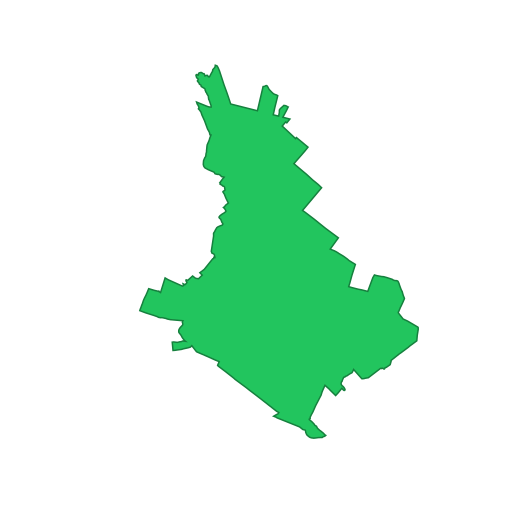 Harmanesti, Iasi, Romania, rotated 160°
{"feature_id": "2599482B46405340562029", "entity_name": "Harmanesti", "entity_type": "district", "adm_level": 2, "iso_a3": "ROU", "parent_name": "Romania", "parent_adm1": "Iasi", "projection": "orthographic", "projection_center": [26.797, 47.275], "detail": "fine", "context": "isolated", "style": "filled", "palette": "green", "viewbox_px": 512, "rotation_deg": 160, "n_neighbors": 0, "source": "geoboundaries", "source_scale": "gbopen_adm2", "svg_char_len": 6109}
<svg xmlns="http://www.w3.org/2000/svg" viewBox="0 0 512 512"><g transform="rotate(160 256 256)"><path d="M267.8,67.7L267.2,67.0L266.2,66.2L264.1,65.1L262.2,64.6L259.4,64.0L255.8,62.8L254.7,63.2L253.8,63.1L252.4,63.3L251.8,63.6L252.4,64.3L253.3,66.5L255.1,69.5L255.6,70.1L256.8,72.4L257.2,73.3L257.4,75.4L258.6,76.7L258.8,78.0L259.9,80.6L260.7,82.1L261.8,83.8L261.9,84.1L261.8,84.5L260.7,84.7L260.5,85.4L260.2,86.0L258.3,87.9L255.9,90.0L251.1,95.0L242.4,103.0L240.7,105.3L239.2,107.0L235.4,110.9L232.8,106.0L232.1,104.3L228.9,97.6L225.6,99.3L220.6,102.3L220.3,101.6L219.7,100.1L219.2,99.5L218.6,99.4L218.1,99.9L218.0,100.1L218.0,100.7L218.3,102.4L218.9,103.9L219.3,104.4L219.7,105.6L219.8,106.5L219.7,107.0L218.6,108.6L218.3,108.6L217.9,108.9L217.0,110.1L215.1,112.0L213.7,111.9L213.2,112.3L211.5,112.3L208.5,113.1L205.7,113.5L203.9,115.1L203.1,116.0L198.5,104.4L196.7,103.9L196.0,103.8L195.3,103.8L192.1,103.2L177.4,107.8L176.8,107.7L176.4,107.2L176.2,107.2L175.6,107.3L175.3,107.2L175.0,106.9L174.9,106.6L174.6,106.2L174.3,105.9L173.9,106.0L173.5,106.2L172.9,106.9L171.6,106.8L167.1,108.0L166.8,108.4L165.1,110.8L164.9,111.2L164.7,111.7L154.5,115.1L152.8,115.5L144.2,118.1L142.1,118.9L139.3,119.7L133.9,121.3L131.5,126.5L128.7,131.5L128.2,132.9L128.1,133.4L128.2,133.8L135.8,143.0L139.3,146.5L141.5,153.2L141.7,154.0L141.5,154.5L141.3,154.8L141.0,154.9L137.8,158.4L136.8,159.3L133.1,163.0L132.7,163.5L131.7,164.5L131.1,165.2L131.0,165.4L131.1,168.2L131.0,170.3L130.8,172.5L130.9,173.2L131.1,175.0L131.1,179.9L131.0,180.6L131.1,182.8L131.2,183.3L131.4,184.0L132.2,184.7L133.4,185.2L134.6,185.9L135.1,186.3L135.8,187.3L136.2,187.7L140.3,190.9L143.1,192.9L144.9,193.7L149.3,196.3L151.2,197.7L153.7,195.6L163.1,184.5L168.2,188.0L171.4,189.9L176.8,193.6L179.4,195.5L177.1,198.5L172.5,205.0L165.5,214.1L167.3,216.4L167.9,217.1L169.1,218.7L170.0,219.7L171.2,221.9L173.2,224.9L174.2,226.3L177.4,230.2L177.9,231.0L179.4,232.8L180.5,234.0L183.9,237.1L172.4,244.9L181.0,257.9L185.8,265.8L188.6,270.5L194.7,280.0L196.7,282.9L171.0,297.7L173.0,301.8L174.0,303.5L176.7,308.0L180.7,315.7L182.7,319.1L188.8,329.8L174.3,337.8L169.9,340.5L177.5,353.5L178.7,352.8L186.9,369.1L182.3,371.8L181.5,370.6L177.3,373.1L183.3,377.2L177.8,382.1L174.8,385.0L175.3,385.3L175.7,386.1L176.7,387.1L177.4,387.5L177.7,387.6L178.2,388.0L182.7,386.2L184.1,385.2L185.1,382.7L186.9,379.7L191.5,382.8L187.5,389.1L180.7,399.2L181.6,400.3L182.9,401.3L184.0,402.4L184.7,403.6L185.5,405.3L186.7,408.1L187.2,411.6L187.6,412.4L188.2,412.7L188.5,412.7L190.0,412.5L191.4,412.8L205.0,392.0L227.8,407.5L227.6,414.3L227.5,419.7L227.5,428.0L227.3,433.6L227.0,442.5L227.2,445.8L227.5,447.8L227.8,448.2L229.0,449.2L229.9,447.6L230.4,447.2L232.7,446.0L233.3,445.3L233.3,445.0L233.4,444.7L233.6,444.5L235.6,442.9L237.4,441.2L238.4,440.4L238.8,440.3L239.4,440.8L239.6,441.1L239.7,442.2L240.2,442.6L242.4,442.7L242.3,444.5L242.5,445.1L243.2,445.3L244.4,447.0L244.8,447.2L245.4,447.4L246.9,447.5L247.6,447.1L247.9,446.4L248.1,446.0L248.6,445.7L248.8,445.8L249.6,446.8L250.1,446.8L250.4,446.6L250.7,446.1L250.7,445.2L250.8,444.6L250.7,443.6L249.8,442.1L249.9,441.7L250.4,441.2L251.0,440.9L251.2,440.3L250.4,438.0L250.4,436.8L249.4,435.6L249.3,434.7L249.5,434.0L247.0,430.9L246.8,429.8L247.1,429.2L246.9,428.6L247.1,427.6L246.6,425.8L246.7,425.3L246.4,423.7L246.1,422.9L246.9,419.3L246.7,418.5L246.8,412.5L247.2,411.3L248.1,411.6L249.4,412.3L250.9,413.5L259.2,421.0L259.3,418.9L259.0,417.9L258.8,416.2L258.9,414.7L259.8,414.0L259.2,412.6L258.5,410.0L258.6,407.0L258.1,400.7L258.1,391.9L257.5,388.3L257.8,385.6L256.9,385.1L259.2,382.5L260.3,380.9L263.9,377.1L264.5,376.0L266.7,371.4L266.9,370.6L267.7,369.7L269.2,366.8L270.7,365.7L272.7,363.5L274.2,360.2L274.4,358.5L274.2,357.3L273.8,356.2L271.4,353.5L269.3,351.5L266.8,349.2L266.3,347.2L265.2,346.5L264.4,345.9L263.4,345.6L262.3,344.7L261.1,342.2L260.5,342.0L259.0,341.0L261.1,339.8L265.0,337.2L264.6,336.6L265.2,335.8L263.7,334.1L263.5,333.4L263.2,333.0L262.4,332.5L262.1,331.9L262.0,331.2L262.2,330.7L262.5,328.7L262.8,328.5L263.5,328.3L264.1,328.1L264.7,328.0L265.2,327.6L264.6,325.0L264.5,320.8L263.9,315.2L267.3,314.1L268.6,313.1L269.0,313.0L269.8,312.8L269.7,312.7L269.7,312.0L269.3,311.1L269.0,310.0L268.9,308.7L268.9,308.4L269.4,308.0L271.2,307.4L273.8,306.9L276.0,306.2L277.5,305.2L277.5,304.8L277.5,304.4L277.3,303.9L276.6,302.6L276.5,299.2L276.3,298.5L276.1,297.9L276.2,297.3L277.4,296.5L279.3,296.6L281.9,296.4L283.2,296.0L285.4,294.2L286.6,293.0L287.5,292.4L288.2,291.7L289.0,289.3L296.4,275.7L296.4,273.7L295.8,273.2L294.8,272.0L294.7,271.5L295.0,269.7L295.0,269.0L295.2,268.6L296.0,269.2L296.9,268.1L297.6,268.2L309.3,261.1L314.5,259.5L313.1,256.4L317.8,254.3L320.4,255.7L322.4,258.9L328.4,256.5L329.8,257.5L330.0,257.4L330.2,256.9L330.3,256.3L330.2,256.0L329.9,255.3L330.0,254.6L331.8,253.6L332.4,253.4L332.5,253.4L334.0,254.8L334.1,253.0L335.3,252.8L336.3,253.7L346.6,263.7L348.9,266.5L358.2,254.3L359.2,255.5L359.1,256.0L359.3,256.3L359.8,256.2L363.3,258.5L368.0,262.0L370.9,258.8L371.8,257.9L372.8,256.8L375.0,254.8L377.1,252.6L379.2,249.9L380.1,249.0L381.9,246.8L383.0,245.6L383.9,244.4L379.1,240.3L372.2,235.0L369.4,232.7L368.9,232.0L368.3,231.5L366.5,230.5L365.9,230.4L365.0,230.0L361.4,227.7L361.2,227.3L358.3,225.5L346.9,220.2L347.1,220.0L347.9,218.9L347.9,217.8L348.1,216.9L348.8,216.1L351.7,214.7L352.9,213.8L353.6,213.1L354.0,212.6L354.5,211.3L354.6,210.7L354.5,210.0L353.6,207.4L353.2,204.7L353.0,203.9L352.0,200.8L351.5,200.0L353.9,201.2L355.5,201.1L356.7,201.4L359.4,201.7L362.8,203.4L364.2,203.7L366.3,195.6L364.5,195.1L362.5,194.7L357.9,193.7L355.9,193.6L351.5,193.0L349.0,192.8L348.3,193.0L347.0,193.7L344.7,186.5L344.4,186.1L335.3,177.5L330.2,172.5L327.7,170.2L326.7,169.3L329.5,166.4L329.4,166.0L328.8,164.9L324.4,158.1L319.8,150.7L318.6,148.7L317.9,147.3L310.1,135.5L308.6,133.0L306.3,129.4L303.6,125.2L301.0,121.1L289.8,103.1L288.1,101.1L289.4,100.1L291.0,100.0L294.2,99.4L292.0,97.4L291.7,96.8L273.5,80.5L272.3,78.5L271.4,77.0L270.9,76.6L269.6,75.8L269.3,75.4L269.3,74.7L269.6,73.2L269.5,71.1L269.2,70.0L267.8,67.7Z" fill="#22c55e" stroke="#15803d" stroke-width="1.5"/></g></svg>